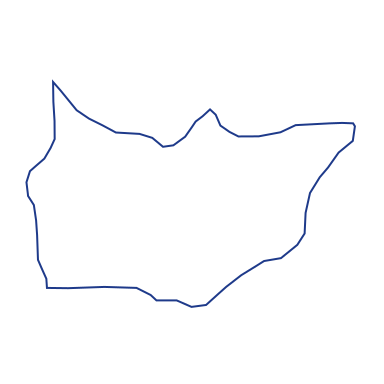 Söderhamn, Gävleborg, Sweden, rotated 88°
{"feature_id": "70781695B37346954790486", "entity_name": "Söderhamn", "entity_type": "district", "adm_level": 2, "iso_a3": "SWE", "parent_name": "Sweden", "parent_adm1": "Gävleborg", "projection": "mercator", "projection_center": [16.889, 61.303], "detail": "fine", "context": "isolated", "style": "outline", "palette": "blue", "viewbox_px": 384, "rotation_deg": 88, "n_neighbors": 0, "source": "geoboundaries", "source_scale": "gbopen_adm2", "svg_char_len": 964}
<svg xmlns="http://www.w3.org/2000/svg" viewBox="0 0 384 384"><g transform="rotate(88 192 192)"><path d="M129.0,28.6L128.2,39.5L128.2,52.1L128.8,86.1L135.4,101.5L138.7,123.4L138.1,143.7L133.2,152.5L126.6,161.3L115.6,165.6L110.1,171.1L116.7,178.8L121.7,185.9L127.1,189.8L136.5,196.9L144.7,209.0L145.8,219.4L136.5,229.8L132.1,242.4L129.9,266.0L122.2,279.2L115.1,292.3L106.3,304.4L86.0,319.8L77.2,327.0L97.0,327.4L116.2,326.9L134.3,327.4L143.1,331.8L153.5,338.4L160.1,346.6L165.5,353.2L176.5,357.1L188.3,356.1L190.2,356.0L199.5,350.5L214.9,348.8L229.7,348.3L241.2,348.3L254.4,348.3L264.3,344.4L273.6,340.6L282.8,340.3L283.8,319.1L283.8,282.9L285.9,250.8L293.5,236.9L299.1,231.3L299.8,211.1L306.8,196.5L305.4,181.9L294.2,168.6L287.9,161.0L276.8,145.6L267.7,129.6L263.6,122.6L263.5,122.4L261.2,105.4L248.5,88.6L237.4,80.9L216.8,79.2L197.1,74.1L181.7,63.8L172.3,55.2L157.7,44.1L146.5,29.5L132.0,26.9L129.0,28.6Z" fill="none" stroke="#1e3a8a" stroke-width="2"/></g></svg>